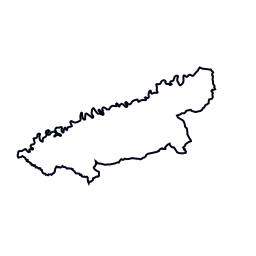 Yotoco, Valle del Cauca, Colombia, rotated 227°
{"feature_id": "7082276B27401481263527", "entity_name": "Yotoco", "entity_type": "district", "adm_level": 2, "iso_a3": "COL", "parent_name": "Colombia", "parent_adm1": "Valle del Cauca", "projection": "orthographic", "projection_center": [-76.383, 3.898], "detail": "fine", "context": "isolated", "style": "outline", "palette": "ink", "viewbox_px": 256, "rotation_deg": 227, "n_neighbors": 0, "source": "geoboundaries", "source_scale": "gbopen_adm2", "svg_char_len": 5856}
<svg xmlns="http://www.w3.org/2000/svg" viewBox="0 0 256 256"><g transform="rotate(227 128 128)"><path d="M175.6,71.6L176.4,70.7L176.9,69.4L177.0,68.4L176.6,66.2L177.4,65.0L178.1,64.9L178.9,65.4L179.2,66.5L179.0,68.2L179.4,68.6L180.7,68.3L181.5,66.7L181.4,65.8L180.9,64.9L178.7,63.9L178.1,63.0L177.8,61.4L178.4,59.9L178.4,58.9L177.9,57.9L176.3,56.5L176.4,56.1L178.0,55.4L179.9,55.7L181.9,57.2L183.6,59.5L184.3,59.4L185.0,58.3L184.7,57.0L183.6,55.9L183.2,54.5L183.4,53.7L184.6,52.2L184.6,51.7L181.0,49.8L180.5,49.0L180.5,48.1L181.6,46.0L181.4,44.8L180.7,44.1L179.9,43.9L177.8,44.6L177.2,44.0L177.4,43.4L179.3,42.0L179.5,41.4L179.1,40.7L177.6,40.1L178.1,38.9L179.4,38.5L182.1,38.8L182.7,38.5L183.6,34.7L185.5,32.3L185.2,31.3L183.3,28.7L182.4,28.0L181.1,27.6L179.7,30.0L179.5,31.6L177.3,32.2L176.2,32.4L174.7,31.8L173.3,32.7L172.8,31.7L172.3,32.4L171.5,31.9L170.3,32.6L169.7,32.5L169.1,32.9L168.4,32.5L168.0,33.0L167.2,32.7L166.6,33.0L166.5,32.4L166.1,32.4L165.5,33.1L164.3,33.4L164.6,34.1L164.3,34.5L163.4,34.0L162.7,34.1L162.2,34.5L161.8,33.9L160.9,34.8L159.3,35.0L159.0,36.0L158.3,36.4L157.1,35.6L156.1,36.3L153.6,35.1L152.1,35.3L151.1,36.3L150.0,35.9L149.8,36.3L148.3,37.2L148.3,37.8L148.0,37.7L148.0,38.2L146.7,40.0L145.9,40.2L146.1,41.8L145.6,42.7L146.0,44.8L146.6,45.1L147.0,46.1L147.8,46.9L148.6,49.3L147.1,49.8L147.3,50.4L145.1,51.6L144.7,53.0L144.9,54.1L143.3,54.4L142.1,55.5L139.8,55.7L139.5,56.7L138.8,57.1L136.9,58.9L136.5,58.7L135.9,59.3L135.6,58.9L133.6,59.2L130.3,59.0L129.5,59.6L129.0,60.4L127.4,61.4L126.5,60.8L125.8,61.2L125.6,61.9L124.9,61.8L124.3,61.3L123.4,61.5L122.8,62.0L122.3,63.0L121.1,63.4L120.7,64.3L120.2,64.8L119.0,64.6L117.4,63.1L116.8,63.0L116.4,62.4L114.5,61.7L115.0,62.5L114.6,63.0L114.7,63.8L114.0,64.4L113.9,67.2L115.0,67.9L114.8,69.1L114.3,69.7L114.3,70.5L113.7,72.3L113.1,72.4L112.9,72.7L112.8,74.1L115.6,76.7L116.3,76.7L117.4,76.1L120.0,75.5L121.0,75.5L122.5,76.1L122.8,76.9L122.5,77.8L123.1,78.9L123.2,80.0L125.7,81.7L122.5,82.0L120.3,83.9L117.0,86.0L116.1,86.9L115.5,88.0L113.9,89.6L111.2,93.9L109.8,97.3L109.0,97.7L109.6,99.6L109.8,101.5L109.6,102.0L108.2,102.5L107.8,103.4L107.9,104.6L106.3,105.6L104.4,108.1L103.5,110.1L97.6,115.2L97.1,115.3L96.2,116.4L96.0,118.5L95.2,120.2L95.2,121.6L95.9,123.0L95.5,125.0L90.5,133.4L90.6,134.5L90.1,135.0L90.6,136.4L90.2,138.5L89.5,138.8L89.6,139.2L88.3,139.7L87.4,140.7L88.0,141.0L88.2,141.6L87.8,141.2L87.6,141.5L88.5,142.2L88.8,144.4L88.6,146.5L88.0,147.2L88.0,147.7L86.7,147.0L84.8,146.9L83.4,147.4L82.6,148.3L82.2,148.4L76.6,147.4L74.8,148.3L73.8,149.1L71.9,151.0L70.5,153.4L71.3,154.3L71.7,154.2L72.6,154.6L72.7,154.4L73.8,154.3L73.9,154.8L74.2,154.6L74.5,154.9L76.1,155.0L76.0,157.6L76.7,158.5L76.9,159.4L76.4,162.5L75.4,165.1L76.1,165.6L79.4,166.1L83.1,167.2L83.8,168.1L87.6,170.8L89.1,170.6L90.4,170.8L92.0,172.1L95.1,173.3L96.2,173.3L101.7,171.7L103.7,172.3L102.4,175.2L102.0,177.5L100.4,179.2L100.4,181.0L100.9,182.2L100.1,183.8L99.1,185.1L98.9,185.9L98.5,186.3L97.1,186.2L93.6,188.3L91.1,192.6L90.8,194.6L91.5,196.6L91.0,197.8L91.9,199.8L91.1,203.8L92.8,205.6L93.5,206.8L92.2,209.2L92.5,210.7L94.1,212.1L95.0,212.5L95.5,213.6L96.2,214.2L97.7,214.0L98.3,214.4L98.4,215.8L97.6,216.4L96.9,218.2L98.8,218.8L99.7,219.9L102.1,220.3L104.5,222.2L105.8,222.9L108.0,225.5L109.2,225.5L109.7,225.9L110.3,226.8L110.5,228.1L111.5,228.4L112.7,228.1L114.5,228.4L115.2,227.4L118.2,225.1L119.0,224.2L121.0,222.7L123.3,221.8L123.1,220.4L122.3,218.1L122.3,215.7L121.8,211.9L121.9,211.1L122.2,210.6L124.4,209.8L125.2,209.0L125.3,208.4L125.1,206.9L125.3,205.9L126.0,205.5L127.8,205.2L128.3,204.8L128.3,204.3L128.0,203.7L125.1,201.2L123.7,199.5L123.3,197.6L123.5,195.5L123.8,195.2L124.6,195.1L128.9,196.2L130.8,198.1L131.5,199.7L132.1,199.9L132.7,199.7L133.5,198.4L133.6,197.0L131.8,193.7L131.9,192.8L132.9,191.2L132.9,190.5L132.2,189.6L130.3,189.7L130.5,188.3L130.8,188.0L132.7,187.7L133.7,186.4L134.3,186.1L135.8,186.4L136.4,187.3L137.3,187.4L138.4,186.9L139.0,186.0L139.3,184.3L138.5,182.4L138.4,181.5L139.1,180.2L140.2,179.4L140.5,178.7L140.4,178.2L138.0,176.9L136.0,174.7L134.2,174.2L133.8,173.6L134.0,173.1L135.7,171.5L136.9,168.8L137.8,168.7L139.5,169.9L139.9,169.9L140.2,169.5L140.3,168.6L139.5,167.2L138.3,165.7L136.5,164.4L136.2,163.6L136.5,162.7L138.5,161.7L138.6,161.2L136.7,160.8L136.3,160.2L136.7,159.5L138.1,158.2L139.3,156.7L139.7,154.2L140.0,153.6L142.3,154.3L143.8,152.0L144.5,149.3L143.8,146.6L144.1,145.3L145.4,144.4L147.7,144.5L148.4,144.1L148.4,143.3L148.1,143.0L147.3,142.7L144.8,142.7L144.3,142.1L144.3,141.4L145.3,140.6L149.0,140.4L150.1,139.7L150.4,138.2L149.6,136.4L150.1,136.0L150.8,136.0L152.2,136.8L153.6,136.6L153.7,135.7L152.4,134.8L152.0,134.3L154.6,132.0L155.1,131.1L155.2,129.4L154.5,126.9L156.0,125.3L158.7,124.8L159.9,124.0L160.0,123.3L159.7,122.5L159.3,122.0L157.7,121.4L157.4,120.4L158.0,119.7L158.5,119.5L160.3,119.5L161.1,119.3L161.1,118.5L160.5,118.3L158.5,118.5L156.1,120.3L154.9,119.7L154.6,119.0L154.8,118.5L157.6,117.2L158.9,115.9L159.5,115.6L162.6,115.8L165.6,116.4L166.2,116.0L166.2,115.3L165.8,114.1L164.0,111.8L162.9,111.0L160.4,110.6L159.6,109.9L159.5,109.2L160.0,108.7L162.4,108.6L164.7,107.9L166.0,107.9L167.1,107.3L167.2,106.7L166.8,105.8L163.6,102.5L163.6,102.1L164.2,101.6L165.8,101.6L166.5,101.9L168.5,103.0L170.0,104.4L170.4,104.6L170.9,104.4L170.8,103.6L169.0,101.0L166.7,99.4L166.0,98.0L166.9,94.9L168.1,93.0L169.4,92.1L171.4,91.5L172.0,90.8L171.8,90.2L171.2,89.6L167.7,88.3L168.0,87.1L169.2,85.3L169.4,84.3L168.2,81.9L169.1,81.6L170.9,82.4L171.2,81.7L170.6,80.0L168.8,77.8L169.3,77.1L170.6,77.2L172.0,78.1L172.8,79.6L173.8,80.0L174.4,79.6L175.3,77.7L176.8,76.3L177.0,75.0L176.6,73.9L175.8,73.2L173.1,72.6L171.9,72.8L169.5,74.1L168.4,74.1L168.1,73.6L168.7,72.9L170.2,72.6L170.9,71.9L171.5,70.6L171.7,68.8L172.0,68.4L172.5,68.8L172.3,70.6L172.8,71.4L174.1,71.9L175.6,71.6Z" fill="none" stroke="#020617" stroke-width="2"/></g></svg>